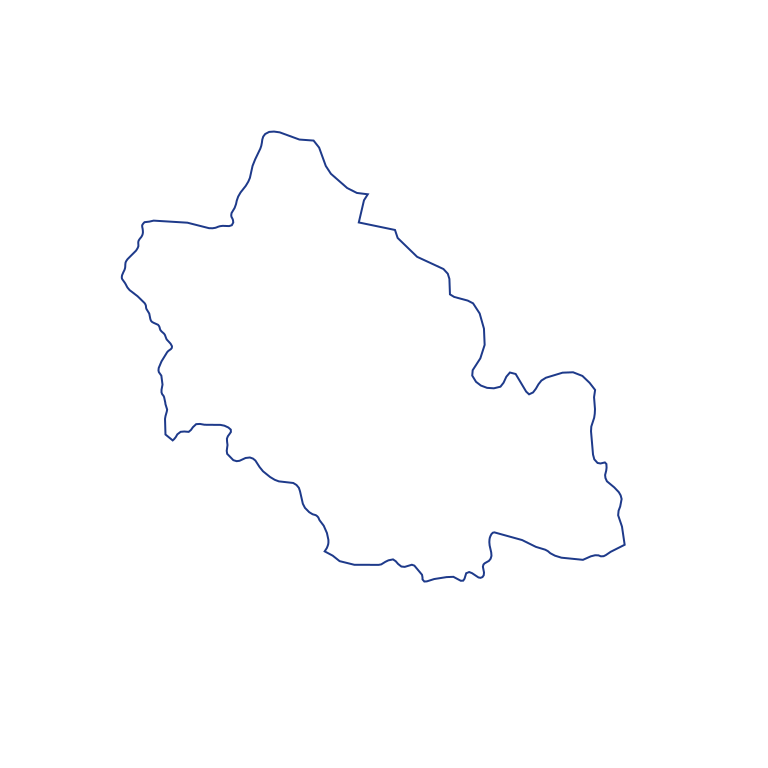 an SVG outline of Allier, rotated 210°
{"feature_id": "FRA-5264", "entity_name": "Allier", "entity_type": "Metropolitan department", "adm_level": 1, "iso_a3": "FRA", "parent_name": "France", "parent_adm1": "", "projection": "natural_earth1", "projection_center": [3.256, 46.375], "detail": "fine", "context": "isolated", "style": "outline", "palette": "blue", "viewbox_px": 768, "rotation_deg": 210, "n_neighbors": 0, "source": "natural_earth", "source_scale": "10m", "svg_char_len": 3885}
<svg xmlns="http://www.w3.org/2000/svg" viewBox="0 0 768 768"><g transform="rotate(210 384 384)"><path d="M347.2,498.4L336.4,492.9L325.1,481.9L316.4,468.2L313.4,454.4L314.1,440.3L311.8,435.4L305.4,431.9L299.3,431.1L292.8,432.2L286.7,435.2L281.8,439.9L281.1,444.9L281.7,451.5L280.7,456.9L275.0,458.5L257.1,448.5L253.2,447.6L250.7,451.2L250.1,455.9L250.1,461.0L249.4,465.7L246.9,470.4L235.0,483.1L226.1,488.7L216.2,490.2L206.5,487.8L198.2,484.4L195.5,477.6L188.7,467.7L186.6,463.6L185.1,459.8L183.2,450.8L181.1,446.6L167.7,427.4L164.2,423.9L159.6,422.4L156.8,423.4L153.5,426.5L151.4,425.9L149.4,422.8L148.3,420.2L147.0,415.7L145.2,413.3L142.3,411.2L132.9,409.6L126.5,407.7L123.4,405.9L120.7,403.2L118.2,396.0L117.5,391.6L115.6,387.4L106.6,379.5L95.2,365.1L103.8,352.0L106.3,346.8L107.7,344.7L110.0,343.2L112.7,342.8L115.6,341.2L118.7,338.2L123.8,331.2L143.5,322.3L150.1,320.8L155.3,320.6L158.6,321.2L161.6,321.1L171.0,318.9L186.4,317.9L214.2,310.7L215.4,309.6L215.9,307.7L215.8,305.7L215.5,303.8L214.9,302.1L213.7,299.7L211.8,297.0L206.9,291.7L205.0,288.9L204.3,286.0L204.7,283.3L207.2,279.0L207.6,277.4L207.0,275.2L203.1,270.7L202.0,268.2L202.2,266.0L203.5,264.4L205.5,263.7L213.2,264.2L216.3,263.7L218.2,261.2L216.9,255.6L217.1,253.3L219.1,252.0L227.5,251.7L233.2,248.1L243.0,240.2L248.2,234.5L250.3,233.1L252.9,234.0L254.0,235.8L255.7,237.8L266.9,241.9L269.5,241.4L274.6,236.0L277.7,234.6L281.8,235.2L285.3,236.4L288.5,236.6L292.0,233.5L293.9,230.7L296.2,226.4L298.2,224.7L319.3,212.6L333.9,208.4L342.6,209.7L351.7,209.4L351.5,213.4L351.8,215.5L352.2,217.3L352.8,218.8L354.2,221.2L358.9,226.4L365.3,231.1L371.7,233.8L374.2,235.6L375.7,236.1L377.5,236.3L380.7,235.5L384.7,235.6L390.5,237.2L394.4,239.7L403.1,249.1L405.8,251.5L409.3,252.8L413.1,252.9L426.4,247.1L430.7,246.4L436.1,246.5L445.1,247.9L450.3,249.9L457.1,253.4L460.2,253.9L463.4,253.3L466.9,250.7L470.7,245.3L473.0,243.5L476.4,242.7L484.9,245.1L486.8,247.5L489.0,252.9L491.0,255.5L492.7,258.1L493.1,260.7L492.8,263.3L492.6,265.9L493.9,267.9L497.1,268.5L501.4,268.1L505.2,266.8L519.0,259.0L523.4,257.4L526.6,255.3L527.9,251.0L528.2,247.7L529.2,244.9L533.2,243.0L536.2,240.9L537.8,237.1L537.8,233.9L538.2,231.3L538.8,229.5L548.0,231.0L556.2,244.3L557.2,247.0L558.3,251.4L559.0,253.4L563.2,257.3L564.1,258.5L567.9,262.7L569.2,263.6L570.9,264.2L572.5,265.5L573.8,267.8L575.5,272.7L581.0,279.9L584.9,281.7L586.1,283.0L587.1,285.2L588.0,292.3L587.7,303.1L587.3,304.8L586.0,307.7L585.8,309.2L586.5,310.7L589.0,312.2L594.4,313.9L595.2,314.4L598.2,316.9L599.6,317.6L603.0,318.3L604.6,318.9L605.7,319.8L606.7,320.9L607.8,321.7L609.3,322.3L614.2,321.8L616.0,321.8L617.5,322.3L618.9,323.5L622.5,327.6L627.4,330.3L628.1,331.0L629.4,332.8L630.5,333.7L631.9,334.4L641.3,336.8L651.2,338.1L654.5,339.3L658.5,341.8L662.9,343.8L663.7,344.3L664.5,345.4L665.2,347.1L665.6,350.3L665.8,353.2L666.3,355.2L667.0,356.7L667.8,358.2L668.6,360.1L668.7,362.0L668.5,364.0L665.4,375.6L665.3,378.4L665.6,380.5L666.3,381.7L667.1,382.9L667.8,384.1L668.2,385.6L668.1,387.6L667.7,389.9L667.7,391.8L668.0,393.3L668.6,394.8L669.5,396.2L670.7,397.8L671.7,398.9L672.3,399.7L672.8,400.6L672.8,401.9L672.6,403.2L672.3,404.4L668.4,407.3L665.2,410.3L634.9,425.4L613.3,431.5L610.3,433.2L608.2,434.9L607.3,435.9L606.4,437.1L605.0,438.6L602.8,440.3L597.1,443.3L595.2,445.4L595.3,448.5L596.7,450.4L597.9,451.4L599.7,452.5L600.7,453.8L601.5,455.8L601.4,461.8L602.1,465.8L603.2,469.2L604.0,473.4L604.0,478.2L602.8,486.4L602.7,491.4L603.2,495.5L606.9,507.2L607.9,514.2L608.8,526.0L609.4,529.0L610.4,531.9L611.6,534.8L612.3,537.9L611.9,541.1L609.5,544.9L605.5,547.6L600.1,549.8L579.5,553.4L566.7,559.6L558.4,556.3L543.4,543.7L535.1,539.5L513.8,535.3L503.0,535.9L492.9,540.2L493.2,533.1L486.6,511.3L451.5,522.9L445.2,517.3L418.9,510.7L390.0,513.3L383.9,511.4L379.9,507.7L371.7,494.6L366.7,494.5L353.2,498.1L347.2,498.4Z" fill="none" stroke="#1e3a8a" stroke-width="2"/></g></svg>